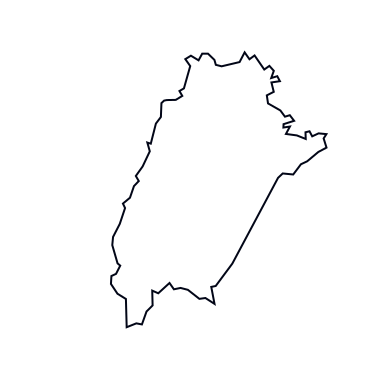 the district of Washington, Texas, United States of America, rotated 307°
{"feature_id": "52423323B15750525116760", "entity_name": "Washington", "entity_type": "district", "adm_level": 2, "iso_a3": "USA", "parent_name": "United States of America", "parent_adm1": "Texas", "projection": "albers", "projection_center": [-96.362, 30.222], "detail": "fine", "context": "isolated", "style": "outline", "palette": "ink", "viewbox_px": 384, "rotation_deg": 307, "n_neighbors": 0, "source": "geoboundaries", "source_scale": "gbopen_adm2", "svg_char_len": 1268}
<svg xmlns="http://www.w3.org/2000/svg" viewBox="0 0 384 384"><g transform="rotate(307 192 192)"><path d="M116.2,277.3L127.8,264.5L131.2,267.5L159.1,267.3L255.1,252.2L261.4,253.3L266.9,262.3L279.7,262.3L285.8,265.5L300.0,268.8L308.4,272.7L314.0,264.9L319.1,264.5L315.0,257.8L308.8,254.5L311.2,249.3L308.0,246.7L302.8,250.9L300.3,241.7L294.9,232.1L303.2,230.8L298.5,226.2L301.3,224.3L310.3,230.7L312.2,223.9L308.1,220.9L310.3,213.5L308.5,199.4L314.2,193.6L321.2,197.0L327.3,189.5L333.4,195.5L335.8,190.4L330.7,186.7L338.0,184.4L339.3,177.9L333.3,176.0L338.7,159.8L332.6,158.0L335.2,150.0L324.4,151.8L310.2,140.0L307.9,134.5L311.0,130.4L312.1,121.5L308.6,116.9L301.1,118.0L300.2,109.1L294.1,106.7L291.5,114.8L269.9,123.2L265.1,121.2L262.9,126.4L255.8,123.6L250.3,116.6L248.2,114.7L244.6,114.1L233.2,122.0L224.9,122.0L205.8,130.0L204.6,126.6L199.1,133.8L182.7,137.2L171.0,137.5L168.7,142.9L161.8,142.1L150.1,145.9L141.2,143.8L138.9,148.2L123.1,153.5L108.6,156.0L101.6,160.3L90.2,175.5L90.0,179.0L80.9,180.6L76.4,178.2L69.8,182.6L65.9,193.7L66.8,203.6L44.7,221.2L53.6,226.6L56.1,231.7L69.2,227.6L77.7,228.8L89.3,219.6L90.8,226.0L105.8,228.8L103.4,236.1L108.5,240.6L111.4,247.6L111.1,262.2L115.4,266.5L116.2,277.3Z" fill="none" stroke="#020617" stroke-width="2"/></g></svg>